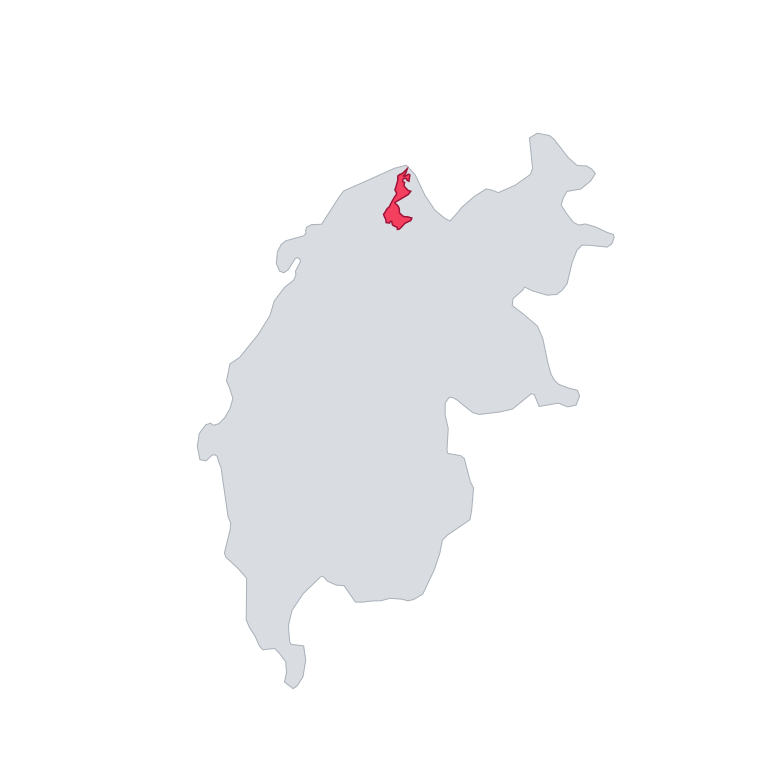 location of Appenzell Ausserrhoden within Switzerland, rotated 307°
{"feature_id": "CHE-166", "entity_name": "Appenzell Ausserrhoden", "entity_type": "Canton", "adm_level": 1, "iso_a3": "CHE", "parent_name": "Switzerland", "parent_adm1": "", "projection": "equal_earth", "projection_center": [9.395, 47.359], "detail": "fine", "context": "in_parent", "style": "filled", "palette": "rose", "viewbox_px": 768, "rotation_deg": 307, "n_neighbors": 0, "source": "natural_earth", "source_scale": "10m", "svg_char_len": 3719}
<svg xmlns="http://www.w3.org/2000/svg" viewBox="0 0 768 768"><g transform="rotate(307 384 384)"><path d="M558.7,260.4L562.7,262.6L572.1,270.1L569.9,282.9L559.2,303.4L553.5,320.1L552.9,332.9L554.0,338.9L555.9,338.8L566.2,339.7L571.4,339.7L588.0,343.2L601.3,348.2L603.8,353.6L605.6,360.1L621.4,369.0L639.5,374.8L645.6,372.9L668.0,352.1L676.6,355.5L682.0,366.6L681.8,372.5L675.7,394.7L674.7,406.7L680.1,414.6L680.7,420.7L679.1,426.3L670.2,426.8L658.1,423.8L647.9,414.2L640.2,415.3L633.5,417.8L630.1,426.9L627.1,437.8L628.1,443.8L633.0,448.5L636.7,458.4L639.4,471.3L641.5,477.2L639.2,479.8L632.9,481.6L627.6,479.8L618.4,464.5L614.0,458.6L606.8,457.6L593.9,461.3L574.2,469.9L566.3,469.9L559.5,468.1L553.1,460.8L547.8,446.8L546.0,437.9L542.3,438.2L529.7,435.7L523.8,439.2L523.7,453.5L522.6,471.5L516.2,483.1L498.6,503.2L492.1,511.9L489.5,518.2L488.9,523.7L491.6,533.2L495.3,542.2L492.2,547.4L482.8,550.1L476.3,544.6L473.7,534.8L459.5,521.5L466.0,510.3L464.9,507.5L441.4,501.7L431.3,493.3L417.1,478.5L414.5,472.1L415.2,451.6L414.4,446.6L412.6,444.1L405.7,444.3L396.0,451.5L387.1,462.1L368.9,474.2L367.0,476.8L373.0,488.5L372.7,493.1L357.8,511.9L354.9,518.1L336.1,529.9L327.4,534.3L301.5,525.6L294.3,524.6L282.6,530.4L266.1,535.9L239.5,541.4L229.8,537.4L225.2,533.6L223.0,527.9L216.5,517.8L209.0,511.9L203.9,505.4L197.0,498.3L192.6,492.4L198.9,473.5L194.6,466.8L192.5,457.3L193.8,450.9L191.4,449.3L167.6,445.6L147.7,446.8L133.4,453.1L121.6,463.6L120.2,465.9L120.9,467.8L126.5,477.4L116.5,487.6L101.4,495.5L90.7,496.3L86.0,494.8L86.1,483.9L94.9,479.8L103.0,472.7L105.9,462.7L107.0,455.7L98.8,447.2L99.9,442.0L105.3,432.2L108.4,423.4L112.7,415.9L129.4,403.6L146.2,391.2L148.9,378.1L150.5,362.1L152.9,358.3L175.3,348.7L181.0,345.0L183.9,339.6L201.7,321.7L219.3,304.0L222.8,298.1L225.8,294.6L225.8,291.7L223.7,289.5L215.5,288.1L212.8,282.5L221.9,272.4L233.2,266.3L244.1,266.2L248.4,269.1L248.1,272.4L252.8,275.9L261.0,277.1L271.2,275.9L281.4,272.1L287.8,263.2L291.5,256.5L307.4,248.8L318.2,252.7L348.4,253.7L370.4,251.6L384.2,246.4L401.2,246.4L412.6,249.3L414.7,248.9L417.8,248.2L420.9,245.4L431.7,243.5L433.2,241.2L432.8,238.8L430.8,237.6L417.6,238.8L412.5,237.0L411.3,232.7L415.5,225.4L425.3,219.4L433.6,217.9L439.5,219.5L454.0,230.7L457.5,231.0L459.5,229.0L462.5,227.9L467.5,230.1L473.2,237.0L474.1,238.0L506.5,235.6L513.8,235.6L535.8,247.8L558.7,260.4Z" fill="#d9dde1" stroke="#a8b0b8" stroke-width="1"/><path d="M553.8,282.6L553.1,286.8L554.0,289.4L549.8,289.3L535.7,283.5L534.9,284.2L534.9,285.5L534.8,287.6L534.1,289.2L533.4,290.4L532.3,291.5L530.4,292.9L529.9,293.9L529.5,297.8L529.8,299.3L530.3,300.3L531.3,301.5L531.6,302.1L531.9,302.6L532.4,303.9L532.6,304.6L533.3,306.4L531.1,306.9L530.6,306.9L530.3,306.9L528.9,306.0L524.8,304.0L518.3,303.3L517.1,303.0L516.5,302.7L515.5,301.7L517.1,300.1L516.1,296.3L516.2,295.2L516.5,294.5L517.3,293.7L517.8,293.1L518.4,292.2L518.2,291.6L517.8,291.3L517.2,291.3L515.9,291.6L514.2,288.6L514.4,288.3L516.0,287.0L517.0,285.4L518.3,282.9L519.0,281.9L519.4,281.4L520.6,281.6L525.3,281.0L526.3,281.0L528.4,281.6L534.4,280.6L539.1,279.9L542.0,279.9L543.6,279.5L544.4,278.7L544.6,277.8L545.1,276.8L545.8,275.7L547.3,275.4L548.4,275.0L555.0,272.4L557.8,270.3L558.5,269.9L559.0,269.9L559.3,270.1L559.6,270.2L560.7,270.4L561.1,270.6L562.0,271.3L562.4,271.5L564.5,272.2L569.8,273.0L566.4,274.3L564.4,274.6L561.9,274.5L561.9,275.2L562.1,275.5L566.3,277.3L566.5,278.9L560.9,281.9L560.6,279.6L561.3,278.9L561.3,278.2L561.2,277.6L560.7,276.9L560.0,276.4L559.2,275.8L558.7,275.9L558.3,276.2L557.9,276.5L557.4,276.8L557.0,277.1L556.9,277.5L556.7,278.0L556.8,278.3L557.2,278.6L557.4,279.0L557.1,279.3L555.6,280.0L554.2,280.6L553.8,282.6Z" fill="#f43f5e" stroke="#9f1239" stroke-width="1.5"/></g></svg>